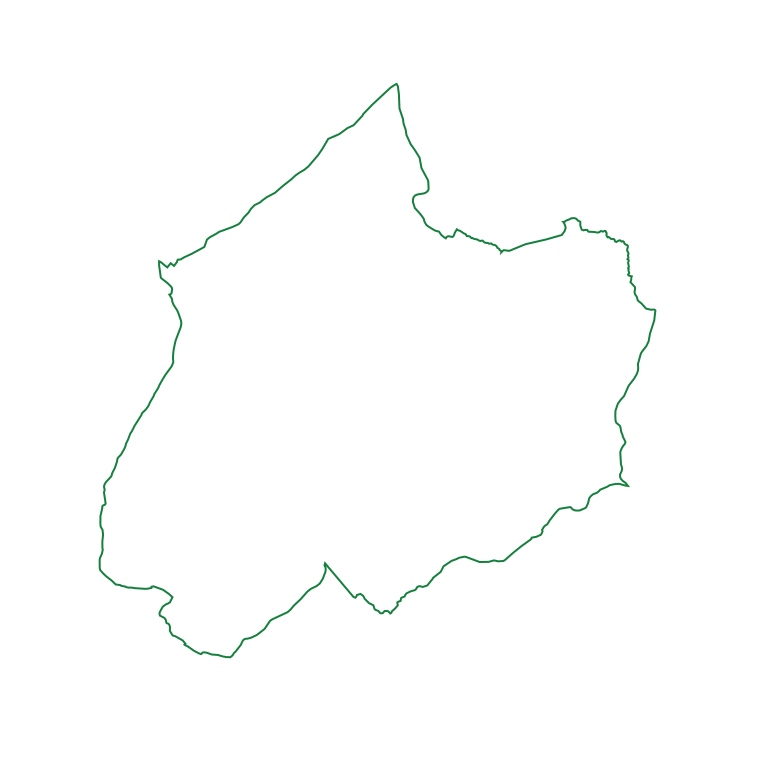 Tinjacá, Boyacá, Colombia, rotated 10°
{"feature_id": "7082276B8672665666879", "entity_name": "Tinjacá", "entity_type": "district", "adm_level": 2, "iso_a3": "COL", "parent_name": "Colombia", "parent_adm1": "Boyacá", "projection": "mercator", "projection_center": [-73.669, 5.581], "detail": "fine", "context": "isolated", "style": "outline", "palette": "green", "viewbox_px": 768, "rotation_deg": 10, "n_neighbors": 0, "source": "geoboundaries", "source_scale": "gbopen_adm2", "svg_char_len": 6160}
<svg xmlns="http://www.w3.org/2000/svg" viewBox="0 0 768 768"><g transform="rotate(10 384 384)"><path d="M641.9,442.0L639.3,439.6L635.7,437.8L633.6,436.1L632.6,434.4L632.2,432.0L633.2,428.4L633.3,426.6L633.0,425.3L631.3,421.9L628.6,410.5L628.6,409.0L629.4,405.6L630.5,402.9L631.4,401.7L631.9,399.6L631.5,398.6L628.3,394.3L627.8,392.8L626.1,390.3L624.1,384.9L623.3,384.0L619.8,382.1L619.0,381.1L618.4,379.9L617.3,375.1L616.6,370.1L617.7,362.9L619.8,358.5L622.5,354.2L625.2,343.3L629.2,335.7L631.1,330.7L631.8,327.0L631.6,324.3L630.6,320.2L631.6,310.0L631.9,308.6L633.4,305.5L635.7,301.3L637.2,296.0L637.2,288.3L639.1,274.4L638.5,264.5L637.8,263.9L636.8,263.8L634.1,264.5L629.5,264.3L628.5,263.9L623.5,259.9L620.6,258.4L619.3,257.4L617.9,254.4L615.5,251.8L614.8,250.1L614.6,245.7L614.2,244.9L609.0,240.9L609.4,238.6L609.0,235.9L609.3,235.0L606.2,234.7L605.4,234.0L606.1,232.4L606.1,231.7L605.0,229.8L605.0,228.1L604.3,227.5L604.8,226.1L603.3,222.1L603.6,220.0L603.2,219.3L602.1,218.8L602.8,217.2L601.9,215.0L602.2,213.3L601.4,211.7L600.5,210.8L600.1,209.6L600.4,206.9L600.0,205.4L599.5,205.0L597.7,204.7L596.4,203.9L595.6,202.5L594.9,202.0L594.3,201.9L593.2,202.5L591.7,201.6L590.9,201.6L588.0,203.8L586.6,203.3L586.0,201.9L585.3,201.4L582.5,201.7L579.7,200.2L579.0,200.7L578.6,200.6L577.3,199.1L577.0,196.6L576.4,196.1L576.0,195.2L575.4,194.9L574.8,194.9L573.2,195.9L571.0,195.7L569.3,197.4L567.4,197.8L564.7,197.8L558.9,198.5L557.3,197.0L554.9,197.4L553.9,198.0L551.9,197.7L549.7,193.6L549.2,190.3L548.5,189.8L547.2,189.7L544.4,187.8L542.6,187.6L539.6,188.3L538.1,189.6L535.2,191.3L533.4,193.1L532.4,193.3L533.5,194.3L535.2,197.2L535.8,198.9L535.3,202.1L533.2,206.4L518.6,213.5L499.0,221.8L484.3,231.1L478.8,231.4L477.9,232.1L476.7,233.9L476.7,233.1L476.1,232.6L474.7,232.1L474.0,230.9L472.0,230.2L470.9,228.7L469.4,228.0L466.5,227.8L465.3,227.0L463.1,227.6L461.8,227.1L458.9,227.3L457.7,226.8L456.4,225.7L455.5,225.8L454.2,226.4L452.5,226.2L450.8,225.5L447.1,225.4L445.9,224.9L444.7,225.1L443.2,224.0L442.2,223.7L439.8,223.9L438.7,222.5L437.9,222.1L437.0,222.0L432.2,219.9L430.5,219.8L428.9,219.0L427.6,222.4L426.9,225.9L426.3,226.9L425.5,227.4L422.3,227.2L421.2,227.5L420.1,228.4L419.6,229.8L417.8,229.1L414.6,227.3L411.7,224.4L408.8,224.2L406.6,223.7L399.9,221.0L397.9,219.8L395.7,217.2L394.6,214.6L393.1,213.0L390.1,210.2L383.8,205.3L380.8,199.6L380.5,197.2L380.7,195.0L381.7,193.1L384.1,191.5L390.4,189.3L392.6,187.7L394.0,185.5L394.0,183.7L392.5,177.2L391.7,175.4L383.5,165.0L379.7,154.9L373.5,148.0L368.6,143.2L362.9,134.9L361.2,129.9L358.1,124.3L356.6,119.6L351.4,110.0L348.4,96.2L346.0,88.4L344.3,86.3L342.3,87.8L339.0,91.0L323.7,111.3L316.6,121.9L316.2,123.5L309.1,134.4L303.6,138.3L296.5,145.7L286.5,152.3L282.3,163.6L279.2,170.3L271.8,182.8L268.3,186.9L264.2,190.4L260.6,194.0L256.6,199.2L250.0,206.5L243.5,214.6L236.2,220.3L232.4,224.2L230.4,226.7L225.4,230.4L222.6,234.5L220.6,239.1L217.1,244.2L214.7,249.6L213.1,251.8L207.3,255.8L195.2,262.8L192.8,265.1L186.9,269.8L184.6,272.5L183.3,280.2L172.4,288.9L164.7,294.3L162.2,296.6L159.5,297.3L159.2,297.6L158.8,300.1L156.7,304.2L153.0,302.1L150.3,306.8L143.0,302.7L141.2,302.2L142.0,306.5L145.7,317.9L146.3,318.5L153.4,322.3L157.3,325.0L158.4,326.1L158.9,327.4L159.0,331.3L158.5,332.5L157.1,333.2L160.3,336.8L161.3,339.8L163.0,342.5L167.6,347.5L169.2,349.9L173.2,357.1L174.0,360.0L173.9,363.4L171.3,377.0L171.1,379.3L170.9,386.5L171.1,390.4L171.7,395.2L172.7,399.1L171.9,403.3L167.2,412.8L164.8,418.9L163.0,424.1L162.3,427.2L159.5,434.0L159.2,436.1L156.9,442.2L155.8,446.5L154.0,450.3L150.7,454.9L150.4,456.9L145.6,468.6L143.8,474.6L142.7,477.0L141.6,483.1L140.3,487.6L140.1,490.7L139.4,493.3L137.2,499.3L134.9,502.7L134.5,503.9L134.5,506.7L133.6,513.2L131.9,518.7L131.5,522.2L127.1,529.1L126.2,531.6L126.1,533.8L127.3,536.7L127.1,539.5L130.6,550.0L130.3,551.1L128.2,552.6L127.8,553.6L128.1,555.0L127.7,563.3L128.9,570.7L129.7,573.6L132.2,576.7L133.5,581.2L134.0,588.2L135.1,594.1L135.8,595.9L135.7,600.0L134.5,604.7L134.5,606.5L136.0,614.6L136.8,616.5L140.3,619.3L143.4,621.4L150.5,625.2L154.6,628.0L159.1,627.8L160.4,628.4L164.3,628.4L165.4,628.8L167.8,628.9L170.3,628.4L174.3,628.3L184.2,627.2L186.6,626.7L190.4,625.2L190.3,624.0L192.2,623.3L202.1,625.0L208.8,628.2L212.7,630.7L211.1,636.2L209.4,637.7L207.7,638.7L204.8,641.7L203.1,646.6L202.7,648.6L203.2,650.4L203.6,651.0L208.4,652.5L210.2,654.4L211.1,656.9L211.8,657.3L213.2,657.5L214.2,658.2L215.4,660.3L216.0,664.4L219.5,668.3L222.4,668.7L230.3,671.5L233.5,674.2L232.7,675.3L232.9,675.5L236.8,676.7L243.1,679.7L248.8,681.5L250.9,681.7L252.0,680.0L253.3,679.5L256.1,679.4L261.3,680.3L267.5,679.7L272.5,680.3L276.5,680.3L280.2,679.7L282.1,677.4L283.0,674.9L284.2,673.5L287.3,667.7L288.3,665.7L289.4,661.6L290.1,660.3L291.5,659.1L294.0,658.4L296.9,657.1L302.3,653.3L308.9,646.0L312.9,637.1L314.9,635.1L328.6,625.5L329.4,624.6L331.5,621.8L333.6,618.0L339.2,610.5L344.7,601.6L347.6,598.4L352.7,594.7L355.4,591.7L357.5,586.6L358.9,579.5L358.9,577.4L358.3,574.8L356.9,573.0L357.1,570.8L390.9,599.0L393.0,599.4L393.7,598.1L394.0,596.5L397.3,594.8L400.4,596.3L402.2,598.8L407.1,602.3L412.0,603.8L413.8,607.3L414.9,607.9L417.9,608.5L420.0,610.3L421.4,610.3L422.7,609.7L424.0,607.5L426.6,607.0L427.8,607.2L430.0,608.9L431.0,608.0L431.3,606.4L433.9,603.2L436.0,599.6L435.0,596.8L435.9,595.9L438.0,594.8L438.0,592.1L438.3,591.5L441.2,589.7L441.6,588.0L442.5,586.3L446.2,583.6L450.3,581.6L451.0,580.8L452.0,578.2L452.9,577.5L454.0,576.9L457.5,577.1L461.6,574.9L465.9,567.1L466.0,566.4L472.5,559.1L474.3,553.2L481.2,546.5L485.7,543.9L487.9,542.2L493.1,540.1L495.0,540.1L509.1,542.7L517.9,541.0L523.0,538.6L527.3,538.8L532.2,537.6L533.6,536.5L540.5,527.8L547.8,519.5L555.4,511.7L556.0,510.9L556.1,509.7L560.6,508.0L564.6,505.3L565.4,503.4L565.7,501.4L565.0,500.3L566.3,496.9L567.1,495.7L569.2,493.8L570.8,489.6L574.9,481.8L577.6,477.4L578.9,476.3L588.3,473.0L589.4,473.0L591.5,474.7L593.4,475.2L594.8,475.3L598.4,474.7L603.1,471.7L604.5,470.5L605.6,466.2L606.0,460.7L607.1,458.6L609.1,456.2L612.4,454.3L614.3,452.2L615.2,450.6L621.7,446.4L624.1,444.3L629.5,442.2L633.0,441.5L639.2,442.1L641.9,442.0Z" fill="none" stroke="#15803d" stroke-width="2"/></g></svg>